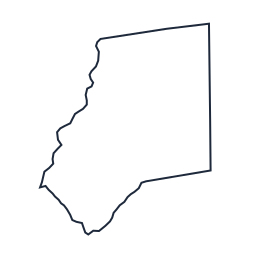 Coxixola, Paraíba, Brazil (Mercator projection), rotated 93°
{"feature_id": "56859067B62498871364727", "entity_name": "Coxixola", "entity_type": "district", "adm_level": 2, "iso_a3": "BRA", "parent_name": "Brazil", "parent_adm1": "Paraíba", "projection": "mercator", "projection_center": [-36.609, -7.651], "detail": "fine", "context": "isolated", "style": "outline", "palette": "slate", "viewbox_px": 256, "rotation_deg": 93, "n_neighbors": 0, "source": "geoboundaries", "source_scale": "gbopen_adm2", "svg_char_len": 984}
<svg xmlns="http://www.w3.org/2000/svg" viewBox="0 0 256 256"><g transform="rotate(93 128 128)"><path d="M180.3,107.2L166.1,43.3L117.2,46.3L19.6,52.6L20.5,57.6L26.9,94.6L40.5,160.1L43.9,163.2L47.8,164.2L53.4,161.1L62.3,161.3L68.2,163.2L73.3,167.5L76.9,169.2L81.0,167.8L84.5,165.2L88.4,166.6L90.8,170.8L97.2,172.0L102.6,170.6L106.8,170.4L111.3,174.0L114.2,178.2L116.8,181.7L121.9,184.0L126.3,185.9L129.2,191.2L131.9,195.6L135.9,198.6L143.4,197.3L148.4,193.6L152.2,197.0L157.1,201.0L163.0,201.7L167.5,200.8L172.1,204.7L176.0,209.2L181.5,210.2L186.6,211.1L191.9,212.7L190.2,207.3L193.9,204.0L197.4,199.8L200.2,197.4L203.3,193.5L206.7,190.9L208.6,187.9L212.4,184.7L217.7,181.2L222.8,178.8L224.4,174.6L225.3,169.0L230.3,167.0L234.6,165.2L236.4,162.1L232.4,157.3L232.4,151.6L226.9,145.5L222.2,141.1L218.4,139.1L213.4,137.9L209.8,135.1L205.6,132.2L202.0,127.8L197.0,124.8L193.9,121.7L191.5,118.3L187.6,114.1L182.0,111.7L180.3,107.2Z" fill="none" stroke="#1e293b" stroke-width="2"/></g></svg>